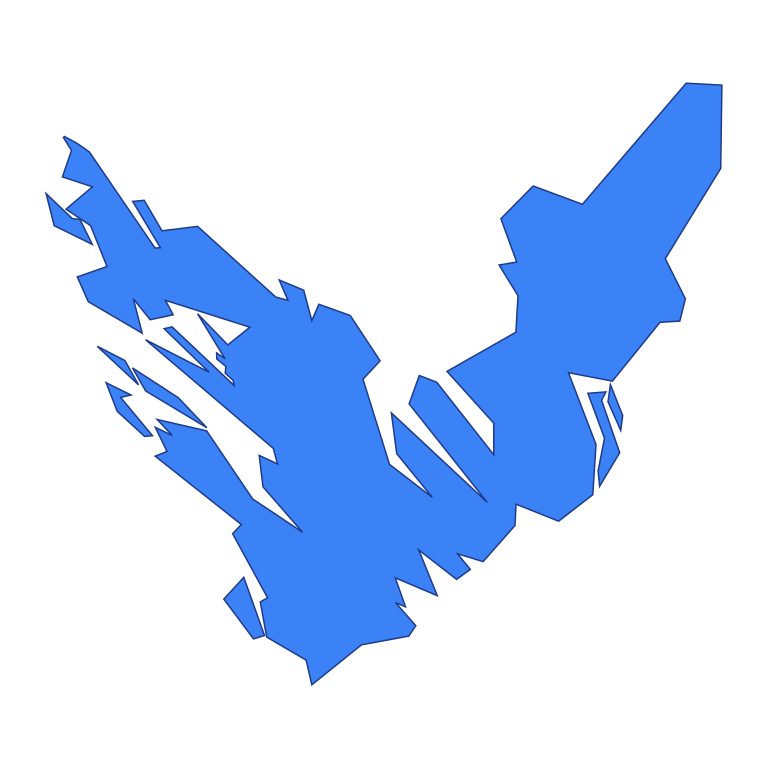 outline of Lindås nor, Hordaland, Norway
{"feature_id": "86288312B23917972553599", "entity_name": "Lindås nor", "entity_type": "district", "adm_level": 2, "iso_a3": "NOR", "parent_name": "Norway", "parent_adm1": "Hordaland", "projection": "albers", "projection_center": [5.308, 60.697], "detail": "medium", "context": "isolated", "style": "filled", "palette": "blue", "viewbox_px": 768, "rotation_deg": 0, "n_neighbors": 0, "source": "geoboundaries", "source_scale": "gbopen_adm2", "svg_char_len": 1919}
<svg xmlns="http://www.w3.org/2000/svg" viewBox="0 0 768 768"><path d="M155.2,456.2L241.3,524.5L232.6,533.7L267.6,597.8L260.3,601.9L266.7,637.1L306.1,660.1L311.8,684.8L361.5,644.8L408.8,636.1L415.8,625.7L395.6,602.7L405.5,606.8L395.3,577.9L437.3,595.7L418.8,550.0L456.6,579.4L470.3,569.4L457.5,553.8L483.1,561.6L515.0,525.5L516.0,504.2L558.6,521.2L592.8,494.7L596.0,444.5L568.5,372.7L612.4,381.1L660.0,322.3L679.8,321.1L685.4,298.8L665.3,258.7L720.7,168.4L721.9,85.1L686.2,83.2L582.4,204.3L533.2,186.0L500.9,218.7L516.7,262.0L499.1,265.0L518.0,295.7L515.9,332.2L447.0,371.4L493.7,423.1L493.8,454.8L436.7,382.2L419.3,375.5L409.1,403.9L487.3,502.4L391.4,412.9L396.7,453.6L432.3,497.4L389.5,464.4L363.0,379.2L380.1,360.8L350.2,315.5L318.9,304.3L311.8,320.6L303.7,290.2L279.2,280.0L288.0,300.4L275.7,297.0L197.6,226.4L162.0,230.8L144.2,200.3L132.7,201.4L160.4,247.7L155.0,248.0L89.3,151.9L77.0,143.3L64.5,136.5L63.4,137.5L71.5,150.5L62.4,176.9L92.4,186.8L66.0,209.2L90.6,225.7L107.0,266.5L77.3,276.9L88.3,301.7L142.2,333.2L133.4,298.9L150.2,319.7L173.2,314.8L165.4,300.3L249.8,327.2L227.8,344.9L197.5,313.7L225.0,358.7L216.6,352.9L216.8,359.0L225.8,366.4L225.2,373.2L233.1,380.3L234.1,385.5L172.1,326.9L164.1,328.7L209.2,372.3L145.5,339.7L273.3,448.4L277.5,464.0L259.2,455.4L263.0,486.9L302.6,532.3L252.7,499.0L206.7,430.9L157.2,419.5L172.3,435.6L155.3,427.3L167.0,451.4L155.2,456.2ZM605.9,391.9L587.9,393.3L604.5,438.2L598.1,470.8L599.6,486.3L619.7,452.7L601.6,400.3L605.9,391.9ZM46.1,193.6L54.2,225.7L92.3,244.4L80.0,219.5L72.3,218.6L46.1,193.6ZM223.8,599.1L253.5,638.9L264.5,635.5L243.8,577.3L223.8,599.1ZM106.1,382.7L117.3,411.4L144.6,436.4L152.5,435.7L120.6,397.4L131.0,395.0L106.1,382.7ZM132.5,367.9L145.6,390.9L206.9,427.8L178.3,397.7L132.5,367.9ZM610.4,384.6L608.0,401.7L620.7,430.4L622.7,415.6L610.4,384.6ZM124.9,360.5L97.2,346.3L138.6,384.9L124.9,360.5Z" fill="#3b82f6" stroke="#1e3a8a" stroke-width="1.5"/></svg>